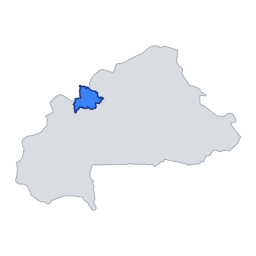 Sourou, Sourou, Burkina Faso shown in context
{"feature_id": "67063806B20155029653315", "entity_name": "Sourou", "entity_type": "district", "adm_level": 2, "iso_a3": "BFA", "parent_name": "Burkina Faso", "parent_adm1": "Sourou", "projection": "albers", "projection_center": [-3.016, 13.252], "detail": "fine", "context": "in_parent", "style": "filled", "palette": "blue", "viewbox_px": 256, "rotation_deg": 0, "n_neighbors": 0, "source": "geoboundaries", "source_scale": "gbopen_adm2", "svg_char_len": 6457}
<svg xmlns="http://www.w3.org/2000/svg" viewBox="0 0 256 256"><path d="M198.8,163.8L191.4,164.3L188.7,165.1L187.1,165.1L187.1,164.5L186.9,164.1L177.6,161.9L171.1,160.7L164.5,159.3L164.1,160.7L163.2,161.6L161.8,161.6L160.8,161.4L160.1,162.5L159.0,163.9L157.5,164.6L156.0,165.5L155.2,166.3L154.6,166.3L153.1,164.5L151.1,164.4L147.3,164.7L145.6,164.2L143.3,164.0L137.9,164.4L129.2,163.7L127.8,164.2L127.4,164.5L118.9,164.6L109.4,164.7L101.5,164.8L94.6,164.9L94.6,164.6L92.4,164.6L92.1,165.2L90.1,172.4L89.9,176.4L91.0,178.8L92.2,180.3L93.5,181.0L93.6,181.9L92.6,183.0L92.6,184.2L93.9,185.4L94.2,186.6L93.6,187.9L93.7,191.1L94.6,196.1L94.7,199.4L93.8,200.9L94.2,203.4L95.9,207.0L96.2,208.6L95.6,209.3L94.2,210.2L92.8,210.2L91.1,208.0L90.3,207.0L89.0,204.8L87.8,202.6L86.3,201.6L84.8,200.7L82.9,197.9L81.1,196.6L79.2,196.9L76.4,196.4L70.9,195.7L64.9,195.9L62.4,196.5L59.9,197.5L53.6,199.8L51.2,200.9L49.3,203.7L47.2,203.6L45.1,202.7L43.7,201.4L40.9,201.7L38.1,200.4L35.5,197.9L33.6,197.1L31.1,195.3L30.4,192.0L28.8,189.6L27.4,186.3L25.3,184.8L22.8,184.0L19.4,184.1L17.1,182.8L15.4,180.8L15.8,179.2L16.7,176.8L16.8,174.5L17.4,170.8L17.1,166.2L16.5,162.9L18.4,161.6L20.6,160.4L22.0,158.3L23.4,153.3L24.1,149.1L23.6,147.5L22.9,146.2L22.4,144.4L22.0,142.2L22.5,140.2L24.1,138.4L26.2,136.9L27.7,136.2L31.6,135.5L36.4,134.4L39.2,133.1L41.3,131.9L42.5,130.9L43.6,128.8L45.5,127.2L47.0,125.6L47.2,121.1L47.2,118.5L46.1,117.1L45.6,115.9L52.8,112.4L52.8,109.9L51.8,107.1L50.4,104.9L49.9,102.9L51.9,100.7L53.7,99.0L55.0,97.5L57.8,95.3L60.7,94.7L63.4,95.6L71.2,100.8L72.6,101.2L74.2,100.8L76.3,99.4L79.0,98.3L80.0,94.8L79.9,89.7L80.5,87.4L81.9,86.9L86.4,87.9L87.6,88.0L88.9,87.6L89.8,86.7L89.8,85.1L89.6,83.6L91.1,78.9L93.7,75.3L99.1,70.8L100.8,69.9L102.8,69.5L112.5,72.5L114.0,71.7L116.4,64.1L119.0,63.4L122.1,63.2L124.2,62.6L125.2,62.0L129.8,59.1L137.9,55.1L142.3,53.4L143.1,52.8L146.2,50.0L150.3,46.7L152.9,46.1L156.6,45.8L158.9,46.3L159.5,47.2L160.3,47.7L165.0,46.3L171.9,48.3L177.8,50.4L177.4,51.7L177.4,54.1L177.0,57.9L176.5,62.4L178.9,65.3L181.9,68.4L182.7,69.7L182.0,72.8L182.5,74.6L184.1,77.6L186.8,81.4L189.6,85.3L191.4,85.8L193.2,86.1L194.3,86.8L195.9,87.4L197.5,87.9L198.9,88.7L199.8,89.5L200.9,92.0L204.0,93.5L206.2,95.1L205.3,95.9L202.7,95.6L200.2,95.0L199.8,96.1L199.8,100.6L200.3,104.3L200.9,104.8L203.4,105.5L209.5,110.2L215.0,114.7L216.8,115.9L219.8,116.3L223.2,116.4L224.7,115.9L227.9,113.6L229.6,113.3L231.2,113.3L232.1,113.7L233.7,115.5L235.2,118.3L235.7,120.4L235.6,121.5L235.1,122.0L232.4,122.6L231.2,123.0L231.0,123.7L231.4,125.1L232.0,126.0L235.0,130.0L239.3,135.4L240.6,136.8L239.9,138.5L237.9,142.9L236.3,144.7L229.3,151.0L225.8,150.3L218.5,151.7L217.4,150.3L215.6,150.1L213.5,150.4L212.8,151.0L212.5,151.6L211.8,152.4L210.5,154.9L209.4,155.5L208.2,155.9L206.6,155.9L205.6,156.2L205.6,157.4L205.4,158.5L204.3,159.0L203.9,160.2L204.0,161.4L203.3,161.9L202.0,161.6L201.1,161.3L200.4,162.8L199.4,163.8L198.8,163.8Z" fill="#d9dde1" stroke="#a8b0b8" stroke-width="1"/><path d="M95.1,108.3L95.1,108.2L95.3,107.9L95.5,107.7L95.6,107.4L95.8,107.3L96.0,107.2L96.0,106.8L95.9,106.0L95.8,105.6L95.7,105.3L95.6,105.1L95.6,104.8L95.5,104.7L95.6,104.1L95.6,103.6L95.7,103.3L95.8,103.1L96.0,102.9L97.7,103.2L98.5,103.4L98.8,103.4L99.1,103.4L99.2,103.2L99.4,103.2L99.5,102.9L99.6,102.7L99.9,102.5L100.0,102.3L100.0,102.2L100.3,101.8L100.4,101.7L100.5,101.5L100.5,101.4L100.7,101.2L100.9,101.3L100.9,101.1L101.1,100.9L101.2,100.7L101.2,100.4L101.3,100.3L101.4,100.2L101.5,100.0L101.6,99.9L101.9,99.8L102.0,99.7L102.3,99.3L102.4,99.1L102.6,98.8L102.6,98.7L102.8,98.6L103.3,98.6L103.2,98.4L103.2,98.2L102.8,98.1L102.2,97.8L101.0,97.2L101.0,97.3L100.9,97.6L100.8,97.8L100.8,98.2L100.6,98.2L100.0,98.0L98.6,97.4L98.5,97.2L98.4,97.0L98.3,96.8L98.3,96.6L98.2,96.5L98.1,96.3L98.0,96.2L97.9,95.9L97.7,95.8L97.7,95.7L97.5,95.4L97.5,94.5L97.5,93.2L97.5,92.7L97.4,92.6L97.2,92.5L96.9,92.6L96.6,92.6L96.4,92.6L96.2,92.5L96.1,92.4L95.9,92.2L95.7,91.9L95.7,91.6L95.7,91.4L95.4,91.4L95.1,91.3L94.7,91.2L94.2,91.2L93.3,91.0L93.0,90.9L92.8,90.9L92.6,90.8L92.4,90.8L92.2,90.7L91.9,90.7L91.7,90.7L91.3,90.5L91.2,90.4L90.9,90.3L90.7,90.1L90.5,89.9L90.4,89.8L90.2,89.7L90.0,89.4L89.9,89.4L89.7,89.3L89.6,89.1L89.1,88.7L88.9,88.4L88.6,88.2L87.6,87.2L87.3,87.1L87.0,87.2L86.9,87.4L86.8,87.5L86.4,88.2L86.2,88.4L85.8,88.0L85.6,87.2L85.2,86.8L84.6,86.3L84.1,86.3L83.7,86.3L83.4,86.4L82.7,86.6L82.3,86.6L81.6,86.2L81.0,85.9L80.7,85.8L80.1,85.6L79.8,85.6L79.6,85.7L79.5,86.0L79.6,86.3L80.1,86.8L80.3,87.0L80.3,87.6L80.2,88.1L80.3,88.3L80.2,88.9L80.2,89.3L80.1,89.8L79.9,90.2L79.6,90.6L79.5,91.0L79.7,91.6L79.9,92.6L80.1,94.2L80.1,94.8L80.1,95.8L80.2,96.0L80.6,96.6L80.6,96.9L80.8,97.3L80.8,97.6L80.6,98.1L80.3,98.2L79.8,98.3L78.9,98.4L77.9,98.4L77.5,98.5L77.0,98.5L76.5,98.5L76.1,98.6L75.5,98.7L75.3,98.8L75.2,99.0L75.5,99.8L75.6,100.5L75.6,100.8L75.5,101.4L75.3,101.7L75.1,101.8L75.0,102.0L75.1,102.3L74.9,102.3L74.7,102.3L74.6,102.5L74.5,102.8L74.5,103.0L74.4,103.2L74.3,103.3L74.2,103.5L74.0,103.8L73.9,103.9L74.0,103.9L74.0,104.0L73.9,104.2L73.8,104.3L73.9,104.2L73.9,104.4L73.9,104.5L74.0,104.7L74.1,104.9L74.1,105.0L74.1,105.6L74.2,105.8L74.5,106.0L74.8,106.3L74.7,106.4L74.7,106.5L74.6,106.8L74.5,107.0L74.5,107.3L74.4,107.4L74.4,107.5L74.3,107.8L74.3,108.1L74.4,108.8L74.5,108.9L74.7,109.0L74.7,109.3L74.5,109.9L74.6,110.0L74.7,110.3L74.8,110.4L74.7,110.5L74.8,110.9L74.8,111.0L74.9,111.4L74.9,111.5L74.8,112.0L75.0,112.3L75.2,112.6L75.3,112.6L75.6,112.7L75.8,112.7L76.1,112.2L76.3,112.0L76.3,111.9L76.3,111.7L76.4,111.3L76.4,111.2L76.5,110.9L76.5,110.7L76.7,110.2L76.8,110.1L77.0,109.9L77.4,109.8L77.9,109.6L78.3,109.4L78.5,109.3L78.7,109.1L78.8,109.0L78.9,108.8L79.0,108.6L79.0,108.4L78.9,108.1L78.9,107.9L78.9,107.7L79.0,107.6L79.4,107.4L79.5,107.3L79.8,107.3L80.1,107.3L80.4,107.3L80.8,107.2L81.0,107.3L81.4,107.3L81.5,107.2L81.8,107.1L82.0,107.1L82.4,107.5L82.5,107.6L82.6,107.8L83.0,108.1L83.3,108.2L83.6,108.2L84.0,108.1L84.3,108.1L84.5,108.1L85.0,108.1L85.3,108.1L85.8,108.3L86.0,108.4L86.3,108.6L86.5,108.6L86.8,108.5L86.9,108.3L87.0,108.2L87.2,107.8L87.3,107.7L87.5,107.4L87.5,107.5L87.7,107.4L87.8,107.3L87.8,107.2L88.0,107.3L88.4,107.6L88.7,107.9L88.9,108.0L89.1,108.2L89.2,108.3L89.4,108.4L89.5,108.4L89.8,108.6L90.0,108.8L90.3,108.9L90.6,108.9L90.8,109.0L91.3,109.1L92.2,109.2L92.3,109.2L92.6,109.1L92.9,108.9L93.1,108.8L93.3,108.7L93.5,108.5L93.7,108.4L93.8,108.3L94.0,108.3L94.6,108.3L94.8,108.3L95.1,108.3Z" fill="#3b82f6" stroke="#1e3a8a" stroke-width="1.5"/></svg>